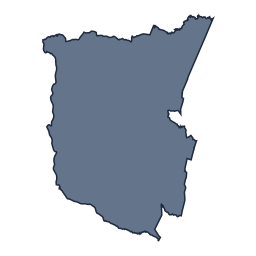 the district of Candelaria, Valle del Cauca, Colombia
{"feature_id": "7082276B28574289150765", "entity_name": "Candelaria", "entity_type": "district", "adm_level": 2, "iso_a3": "COL", "parent_name": "Colombia", "parent_adm1": "Valle del Cauca", "projection": "equal_earth", "projection_center": [-76.363, 3.377], "detail": "fine", "context": "isolated", "style": "filled", "palette": "slate", "viewbox_px": 256, "rotation_deg": 0, "n_neighbors": 0, "source": "geoboundaries", "source_scale": "gbopen_adm2", "svg_char_len": 5702}
<svg xmlns="http://www.w3.org/2000/svg" viewBox="0 0 256 256"><path d="M158.6,240.6L160.4,237.3L158.9,236.0L154.7,229.4L161.7,215.3L161.8,213.9L161.2,203.7L162.1,205.2L163.2,205.8L163.3,206.2L162.8,206.5L162.8,206.8L163.2,207.4L164.5,208.3L164.6,209.7L165.0,210.6L166.5,212.0L168.0,212.3L168.6,213.7L169.6,214.8L171.4,214.7L172.6,214.0L173.1,214.8L173.6,215.1L174.5,214.7L176.2,215.1L177.2,216.5L177.8,216.7L179.9,215.4L181.2,215.8L181.5,214.7L182.1,211.3L184.8,200.7L184.9,198.6L184.4,192.8L184.8,190.6L185.6,188.4L185.7,187.7L185.3,186.5L184.6,185.0L184.4,184.1L185.4,179.7L186.3,177.2L186.6,172.4L184.7,171.2L185.2,170.6L184.9,169.4L184.9,168.7L187.1,158.5L191.1,159.9L193.5,150.6L194.0,149.5L193.8,149.3L194.2,147.9L193.9,147.6L194.0,147.3L194.3,147.4L194.5,146.8L196.5,140.8L195.6,141.0L193.9,139.4L192.9,139.5L192.8,137.9L190.9,135.4L190.5,135.5L189.7,136.5L186.9,137.7L186.2,135.9L186.2,134.7L185.6,131.8L186.1,130.5L185.5,129.0L184.6,127.9L184.4,127.1L184.6,126.8L184.3,126.1L182.8,126.5L182.2,127.1L182.0,126.6L181.8,126.9L181.1,127.1L180.8,126.4L180.6,127.3L180.2,126.6L179.5,126.7L179.1,127.3L178.7,126.1L178.2,126.0L178.0,125.6L177.4,125.5L177.3,124.6L177.0,124.1L175.7,123.7L175.2,123.1L170.4,120.3L169.6,118.8L169.7,118.2L168.9,117.4L167.9,117.0L167.9,116.2L168.3,115.7L168.5,115.0L168.3,114.5L168.8,114.4L168.9,114.1L168.7,113.3L168.4,113.3L168.2,113.0L167.9,110.6L169.2,110.2L170.5,111.0L173.8,110.9L174.7,111.3L175.6,110.8L177.8,110.5L178.6,111.0L180.8,114.2L180.6,109.3L182.9,101.7L183.5,98.5L181.8,97.5L181.7,97.2L182.0,96.8L182.2,94.7L182.0,94.4L182.3,93.6L182.1,93.5L182.4,91.6L182.5,91.7L182.7,90.6L187.6,79.1L187.4,78.9L188.3,76.4L204.4,39.0L213.1,18.4L212.2,19.1L211.3,20.3L211.1,20.0L211.1,18.6L209.7,17.7L209.6,16.8L209.3,17.0L209.2,17.9L209.0,18.2L208.6,18.0L208.5,17.5L208.3,17.4L208.0,17.6L207.6,17.6L206.8,18.4L206.2,18.6L205.6,18.2L204.9,16.9L204.2,17.2L203.3,17.0L202.9,17.6L202.4,17.7L201.3,16.7L200.5,16.7L199.3,16.2L199.0,15.7L198.9,16.7L198.7,16.7L198.8,15.6L197.9,15.6L197.5,16.2L198.0,17.6L197.8,18.2L196.9,19.0L196.1,18.5L195.5,19.0L195.3,18.8L195.3,17.9L195.1,17.6L193.3,16.6L192.6,17.1L191.3,16.1L190.8,15.4L190.3,15.4L190.1,15.6L190.1,16.0L190.9,16.3L190.6,17.1L190.4,17.2L190.0,16.7L189.6,16.9L189.2,16.4L188.7,16.6L187.8,18.3L187.7,19.0L188.0,19.6L187.4,19.6L187.3,20.5L186.5,20.4L185.4,21.1L184.9,21.1L183.6,22.2L183.6,22.6L184.1,22.8L183.9,23.9L184.1,24.3L182.4,26.0L182.0,26.8L181.6,28.6L180.1,28.4L179.7,29.9L179.1,30.2L178.9,30.0L178.8,29.3L177.4,28.8L177.0,29.3L177.0,30.2L176.6,30.2L176.4,29.9L176.1,28.9L175.8,28.9L175.2,29.4L174.6,29.5L175.3,30.5L175.3,31.0L173.9,32.7L173.5,32.9L172.8,32.9L171.9,32.1L171.0,33.0L171.1,33.5L170.9,33.8L170.2,33.3L169.7,33.6L169.2,33.1L168.3,33.8L168.0,33.8L167.8,33.7L167.5,32.7L167.0,32.9L166.8,32.1L165.4,31.6L164.3,30.6L158.7,29.1L158.8,28.6L158.2,27.8L154.9,25.5L154.5,26.0L155.0,26.6L154.6,27.7L153.8,27.1L154.3,26.4L153.6,25.7L149.9,34.8L143.5,33.9L141.1,34.5L138.1,35.9L137.0,35.7L136.4,36.4L134.2,37.1L133.7,37.6L132.2,36.2L131.7,37.3L131.6,40.5L131.3,41.7L130.7,41.8L129.6,40.8L128.9,40.5L128.1,40.3L127.5,40.4L126.0,39.6L125.4,39.5L124.8,39.9L124.4,39.9L122.5,38.5L121.0,39.2L119.4,39.3L119.1,39.8L118.6,39.8L115.3,37.0L113.8,36.3L113.1,36.4L112.5,36.9L111.4,37.3L109.5,37.5L106.9,36.3L105.7,36.1L103.6,36.4L102.3,35.5L99.5,35.4L97.2,35.8L96.7,35.5L96.2,32.4L94.0,31.4L91.6,31.2L91.1,31.3L90.1,32.3L88.7,32.9L88.1,32.7L86.1,33.0L83.9,32.2L83.1,33.7L80.2,37.2L79.3,38.9L78.3,39.8L75.6,39.3L73.9,39.7L72.9,39.4L69.9,40.7L67.1,41.4L65.8,41.4L65.5,38.2L62.7,35.1L62.1,34.8L60.5,34.6L59.4,34.1L58.2,34.4L57.8,35.0L57.6,35.9L56.9,35.9L57.1,35.1L56.9,34.6L55.7,35.1L53.6,36.5L53.0,35.7L50.4,36.4L50.3,37.2L48.3,36.8L46.7,38.0L45.6,39.3L44.1,39.4L43.7,40.0L42.9,39.9L42.9,42.0L43.8,43.5L44.0,44.4L43.4,48.9L43.8,50.7L44.7,52.3L45.6,52.8L46.1,52.7L46.5,52.4L46.9,51.5L47.9,52.2L49.4,52.6L50.0,53.0L50.4,53.7L51.6,53.4L52.5,54.8L54.8,56.8L55.6,58.9L56.0,65.3L56.3,66.0L56.6,67.6L56.6,69.7L55.5,74.1L55.3,76.4L56.0,82.0L55.9,82.7L55.3,83.6L53.5,84.5L52.5,86.2L51.8,88.8L51.8,90.0L52.0,90.8L52.8,92.5L52.8,93.6L52.4,94.7L51.0,96.2L50.6,97.5L51.0,100.3L53.1,104.8L53.2,107.1L52.6,111.7L53.7,114.9L53.8,116.6L53.0,119.3L51.6,121.8L51.5,122.8L51.5,125.1L51.4,125.7L50.8,125.8L49.5,124.9L48.8,124.8L47.7,125.5L46.8,126.9L48.8,131.1L49.6,134.9L51.7,138.2L52.2,140.6L51.8,143.5L53.5,149.5L54.2,150.8L55.1,151.6L56.2,151.7L56.5,152.0L56.6,152.5L56.4,153.2L54.8,156.1L54.0,158.6L53.9,160.9L54.6,164.5L53.5,167.4L53.4,168.4L53.6,169.8L55.7,173.4L56.5,175.1L56.8,178.2L56.7,179.5L56.1,181.7L56.3,184.7L59.3,185.2L59.5,186.2L60.0,186.9L59.3,187.6L59.2,188.3L59.2,188.7L60.2,188.5L60.4,189.3L60.9,189.4L61.4,190.3L62.1,190.6L62.5,191.5L67.4,198.7L69.9,199.2L74.1,201.3L77.1,201.9L80.8,203.7L83.2,203.9L84.9,203.7L87.8,204.4L90.5,204.3L94.2,206.9L95.1,207.9L96.2,211.6L96.8,213.0L99.0,214.1L102.5,216.7L103.2,218.0L103.7,220.3L104.1,220.8L105.0,221.2L105.4,220.7L107.1,221.6L107.9,221.6L109.3,222.0L110.9,223.4L112.4,223.8L114.0,224.7L114.7,224.7L115.4,225.5L116.8,226.3L117.5,226.3L118.3,227.7L118.9,228.3L121.1,228.5L122.3,229.1L123.8,228.9L124.4,229.4L124.8,229.0L126.5,229.5L129.7,231.0L130.8,231.9L131.7,231.5L132.7,232.9L134.2,232.5L135.0,233.2L135.8,232.8L137.0,233.6L137.7,233.3L138.0,233.8L138.2,233.5L138.5,233.6L138.9,233.4L139.4,233.6L139.7,233.1L139.9,233.8L140.2,233.4L140.7,233.8L140.9,233.6L141.2,232.8L141.8,232.5L142.1,232.5L142.3,232.0L142.8,232.0L143.1,231.8L143.6,232.0L144.8,231.2L145.2,231.9L145.6,231.4L146.3,232.1L147.4,231.9L148.9,233.1L150.3,234.7L151.9,235.1L153.3,236.0L156.7,237.4L157.2,238.3L158.1,238.7L158.5,239.2L158.1,240.2L158.6,240.6Z" fill="#64748b" stroke="#1e293b" stroke-width="1.5"/></svg>